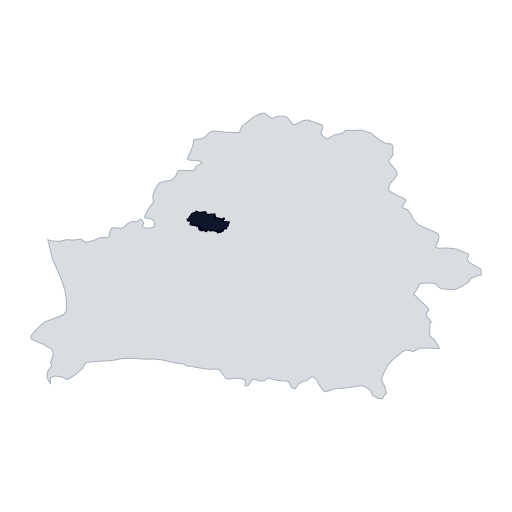 Maladzyechna, Minsk, Belarus (highlighted)
{"feature_id": "67162791B22380901430791", "entity_name": "Maladzyechna", "entity_type": "district", "adm_level": 2, "iso_a3": "BLR", "parent_name": "Belarus", "parent_adm1": "Minsk", "projection": "equal_earth", "projection_center": [26.93, 54.243], "detail": "fine", "context": "in_parent", "style": "filled", "palette": "ink", "viewbox_px": 512, "rotation_deg": 0, "n_neighbors": 0, "source": "geoboundaries", "source_scale": "gbopen_adm2", "svg_char_len": 8219}
<svg xmlns="http://www.w3.org/2000/svg" viewBox="0 0 512 512"><path d="M439.2,348.5L430.2,348.1L419.3,348.2L413.3,351.5L406.7,349.9L402.1,351.8L391.6,360.9L387.5,365.7L383.7,373.3L381.4,378.9L382.8,382.8L384.9,386.4L385.4,390.3L386.5,393.4L383.9,395.7L382.4,398.9L377.9,398.3L372.2,395.2L371.0,390.8L366.6,387.6L363.8,386.0L359.1,385.8L351.7,387.2L342.0,388.3L334.7,388.6L330.8,390.2L324.9,391.8L322.6,389.9L319.2,384.9L316.5,379.8L314.6,377.6L313.0,377.0L311.0,377.1L308.7,378.7L307.1,380.3L301.0,382.3L298.3,384.1L295.4,388.7L293.4,388.4L291.4,387.3L289.0,382.1L285.8,380.9L280.6,380.8L274.3,379.7L269.1,378.2L267.2,378.5L264.2,380.8L260.8,381.1L253.6,379.1L252.1,380.0L248.0,385.7L246.0,386.0L244.9,385.3L245.5,380.3L241.3,378.5L234.1,378.3L229.1,379.0L226.7,378.8L225.4,377.8L219.3,369.5L216.0,368.9L210.3,369.4L201.7,368.3L191.8,366.5L186.4,365.8L183.6,363.9L177.5,363.3L161.3,359.8L154.6,359.1L144.8,359.1L129.9,358.3L120.3,358.7L115.9,359.9L110.8,360.6L93.1,361.6L86.7,362.5L84.8,364.3L82.7,368.1L75.2,374.7L68.1,379.2L66.8,379.5L62.6,377.2L59.2,376.4L55.1,376.1L52.3,376.9L50.4,378.0L50.5,383.1L50.1,383.6L47.1,377.5L47.5,372.0L49.3,368.8L51.5,366.0L50.7,361.8L52.9,356.2L53.1,352.1L52.2,350.4L50.6,348.4L46.0,346.1L44.0,344.4L37.8,342.1L31.7,339.2L30.7,337.4L31.0,336.2L32.2,334.3L37.0,328.9L42.3,323.7L45.6,321.6L63.0,314.9L65.7,312.5L66.5,308.6L66.4,300.6L65.5,293.3L64.3,288.3L61.2,278.9L52.7,259.6L47.8,239.7L51.2,240.9L59.4,241.3L65.9,239.9L69.3,239.7L72.3,240.2L80.9,239.1L83.0,240.8L86.8,242.4L94.3,240.2L101.0,237.4L107.9,237.7L108.9,236.3L110.7,229.2L112.8,227.7L121.1,228.4L124.1,227.1L127.4,223.7L132.3,221.5L136.3,221.6L140.6,219.1L142.6,220.8L143.6,223.6L142.2,226.0L142.8,226.9L145.7,228.0L150.7,228.0L154.0,227.0L154.7,225.7L154.7,223.3L154.0,221.1L151.8,219.1L147.9,218.1L145.1,218.1L144.6,216.9L145.6,214.2L148.1,209.4L151.2,205.1L153.0,203.4L153.4,201.9L153.0,199.3L153.0,194.5L155.8,187.9L159.4,182.9L164.3,181.3L170.3,180.5L174.1,178.1L176.0,175.4L177.7,171.2L179.6,170.3L193.9,170.8L196.1,166.6L197.4,165.4L200.1,164.1L202.0,162.6L201.3,161.5L197.7,160.7L189.1,160.1L187.3,158.7L187.9,157.0L190.2,152.6L192.4,147.0L193.5,142.7L193.6,140.2L194.9,139.5L201.9,138.7L204.2,137.8L210.2,131.9L214.8,130.9L226.6,132.4L232.1,132.3L239.0,132.7L239.5,132.1L241.9,126.3L253.6,117.0L259.8,113.8L263.7,113.1L265.1,113.3L271.4,118.2L272.9,118.4L277.0,116.3L284.2,116.1L287.6,117.8L292.4,123.8L294.9,124.6L301.9,121.2L305.8,120.1L308.3,120.1L321.6,124.8L322.6,126.3L322.7,128.1L320.8,133.5L323.6,136.9L326.8,139.2L333.6,135.4L336.1,134.4L338.8,134.3L342.5,132.9L345.1,130.8L347.6,130.1L352.5,130.6L361.3,130.1L371.6,133.4L372.5,134.4L377.7,138.3L379.6,140.2L381.3,140.8L384.1,142.7L387.8,143.9L390.3,143.6L391.5,144.2L392.7,145.7L392.9,148.2L392.7,155.5L389.2,159.4L388.7,160.7L388.9,162.3L391.9,165.5L395.9,170.4L396.8,173.3L396.9,175.4L391.9,181.7L390.2,183.2L389.2,186.3L388.6,189.5L389.0,190.8L397.8,195.8L404.2,198.5L405.7,199.9L405.9,200.7L402.6,206.1L402.4,207.6L407.5,209.8L410.5,213.4L413.2,219.2L418.2,224.8L436.7,232.9L438.3,234.4L438.9,236.1L438.5,240.0L435.4,247.2L438.6,248.3L446.6,248.0L456.4,249.0L468.3,254.1L468.4,256.4L467.3,258.6L468.2,260.8L469.5,262.7L479.9,268.5L481.0,270.2L481.3,273.0L481.1,275.1L478.3,275.5L475.2,276.5L470.2,279.0L468.3,282.5L460.2,287.3L455.1,289.5L451.1,289.6L441.3,288.7L437.8,286.3L436.3,284.1L432.6,283.1L427.6,283.0L420.8,283.4L419.4,284.0L418.4,286.7L415.6,291.3L413.6,294.0L422.6,303.1L427.0,306.9L428.5,309.2L428.5,310.9L426.5,312.8L426.9,316.7L431.4,321.9L429.9,322.7L429.7,329.1L430.0,335.8L431.2,337.5L433.5,338.8L435.5,341.3L438.9,347.0L439.2,348.5Z" fill="#d9dde1" stroke="#a8b0b8" stroke-width="1"/><path d="M187.3,219.4L187.5,219.9L187.6,220.2L187.7,220.5L187.8,220.8L188.0,220.9L188.4,221.0L188.9,221.0L189.4,221.0L189.8,221.1L190.1,221.1L190.5,221.1L190.9,221.3L191.1,221.3L191.5,221.4L191.8,221.5L192.0,221.6L192.0,221.9L191.9,222.1L191.6,222.4L191.2,222.5L190.8,222.8L190.4,223.0L190.3,223.3L190.3,223.5L190.2,223.9L190.1,224.1L190.1,224.3L190.3,224.5L190.6,224.5L190.9,224.6L191.2,224.8L191.5,224.9L191.8,225.1L192.3,225.3L192.5,225.3L192.9,225.2L193.1,225.1L193.3,225.0L193.6,224.9L194.0,224.8L194.3,224.8L194.6,224.8L194.8,225.0L194.8,225.4L194.9,225.6L195.2,225.6L195.5,225.5L195.6,225.3L195.6,225.2L195.9,224.9L196.1,224.9L196.4,225.0L196.5,225.2L196.4,225.4L196.3,225.6L196.3,225.9L196.5,226.1L196.8,225.9L197.1,225.7L197.5,225.8L197.8,226.1L197.9,226.3L198.1,226.3L198.2,226.2L198.3,226.0L198.4,225.9L198.6,225.8L198.8,225.8L198.9,226.0L198.9,226.3L199.1,226.6L199.1,227.0L199.1,227.3L199.0,227.5L198.9,227.6L198.7,227.8L198.7,228.0L199.1,228.1L199.3,228.1L199.6,227.9L199.9,227.9L200.2,228.0L200.5,228.1L200.8,228.1L201.1,228.3L201.0,228.7L200.8,228.9L200.4,229.1L199.9,229.2L199.6,229.3L199.3,229.5L199.4,229.8L199.8,229.9L200.5,230.0L200.9,230.0L201.1,230.1L201.2,230.3L201.3,230.6L201.7,230.7L202.0,230.7L202.4,230.4L202.5,230.1L202.9,230.1L203.1,230.1L203.7,230.2L204.0,230.2L204.2,230.3L204.6,230.5L204.8,230.8L204.9,231.1L205.4,231.4L206.0,231.4L206.4,231.4L206.7,231.2L206.7,230.6L206.8,230.4L207.0,230.3L207.4,230.2L207.6,230.1L207.8,229.8L207.9,229.6L208.1,229.6L208.3,229.5L208.5,229.5L208.9,229.6L209.1,229.9L209.2,230.2L209.4,230.4L209.6,230.6L210.2,230.8L210.6,230.8L210.9,230.7L211.2,230.6L211.5,230.5L212.1,230.5L212.5,230.6L213.3,230.6L213.6,230.6L214.1,230.6L214.4,230.6L215.0,230.9L215.4,231.1L215.9,231.3L216.3,231.3L217.0,231.5L217.5,231.5L217.8,231.5L217.9,231.8L217.9,232.0L217.8,232.3L217.7,232.4L217.6,232.6L217.8,232.7L218.4,232.6L218.8,232.4L219.1,232.2L219.5,232.0L219.8,231.4L219.8,231.1L220.0,231.0L220.4,231.2L220.4,231.5L220.4,231.9L220.3,232.2L220.6,232.2L220.9,232.1L221.1,231.8L221.2,231.5L221.7,231.2L222.2,231.2L222.7,231.1L223.1,230.9L223.2,230.5L223.1,230.3L223.1,229.9L223.1,229.6L223.2,229.4L223.5,229.1L224.2,228.9L224.7,228.8L225.1,228.7L225.5,228.6L226.0,228.6L226.3,228.6L226.6,228.4L226.7,228.2L226.7,227.9L226.4,227.8L226.3,227.6L226.3,227.3L226.3,227.1L226.5,226.9L226.8,226.6L226.9,226.4L227.1,226.1L227.5,225.9L227.9,225.7L228.2,225.5L228.1,225.2L227.8,225.0L227.7,224.8L227.6,224.6L227.9,224.5L228.1,224.3L228.1,224.1L228.2,223.7L228.4,223.3L228.7,223.2L228.9,223.0L228.9,222.7L229.0,222.3L229.0,222.0L228.7,222.1L228.1,222.3L227.8,222.3L227.5,222.2L227.3,222.1L227.2,222.0L226.8,221.8L226.6,221.7L226.4,221.7L226.1,221.6L225.7,221.6L225.4,221.7L225.0,221.8L224.8,221.9L224.6,221.9L224.4,221.9L224.1,221.9L223.9,221.9L223.6,221.6L223.6,221.4L223.4,221.1L223.3,220.8L223.2,220.5L223.1,220.3L223.1,220.2L223.1,219.9L223.3,219.6L223.6,219.4L224.0,219.3L224.2,219.1L224.3,218.9L224.3,218.6L224.2,218.4L223.6,218.3L223.4,218.3L223.2,218.5L223.0,218.8L222.8,219.0L222.6,219.1L222.3,219.1L221.8,219.1L221.5,219.1L221.2,219.1L220.9,219.0L220.6,218.9L220.4,218.9L220.0,218.8L219.8,218.6L219.5,218.5L219.2,218.4L218.7,218.3L218.5,218.2L218.2,218.2L217.8,218.1L217.5,218.1L217.2,218.1L216.6,218.2L216.4,218.1L216.2,218.1L216.1,217.9L216.0,217.7L215.9,217.6L215.8,217.3L215.7,217.2L215.4,217.1L215.2,217.0L215.1,216.8L215.1,216.7L215.2,216.3L215.2,216.1L215.1,215.8L214.9,215.6L215.0,215.2L214.9,215.0L214.6,214.8L214.6,214.6L214.7,214.3L214.7,214.1L214.4,214.0L214.2,214.0L213.9,214.3L213.7,214.4L213.4,214.4L213.1,214.4L212.8,214.4L212.3,214.3L211.9,214.3L211.7,214.3L211.2,214.3L210.8,214.3L210.4,214.3L210.0,214.4L209.7,214.5L209.1,214.6L208.7,214.6L208.3,214.5L208.0,214.5L207.5,214.5L207.2,214.5L206.9,214.4L206.5,214.0L206.3,213.9L205.9,213.9L205.6,214.0L205.2,214.1L204.9,214.2L204.7,214.2L204.5,213.8L204.6,213.6L204.8,213.4L205.0,213.4L205.3,213.3L205.6,213.1L206.0,212.9L206.1,212.7L205.9,212.3L205.4,212.1L205.2,211.9L204.8,211.8L204.5,211.8L204.0,211.9L203.7,212.0L203.2,212.1L202.5,212.2L201.9,212.2L201.6,212.3L201.4,212.4L201.0,212.5L200.6,212.6L200.4,212.7L199.9,212.7L199.6,212.7L199.2,212.5L198.8,212.3L198.4,212.1L197.6,211.8L197.0,211.6L196.3,211.4L196.3,211.5L195.9,211.9L195.3,212.2L194.8,212.7L194.1,212.9L193.2,213.1L192.3,213.4L191.9,213.9L191.2,214.6L191.0,215.1L190.7,215.6L190.5,216.1L190.0,216.6L189.6,216.9L189.1,217.3L189.2,217.7L189.1,218.1L188.9,218.6L188.7,218.9L188.1,219.2L187.6,219.4L187.3,219.4Z" fill="#0f172a" stroke="#020617" stroke-width="1.5"/></svg>